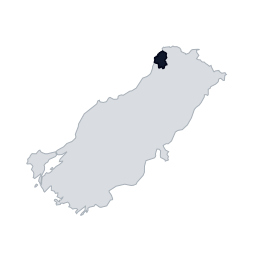 Artvin on a map of Turkey (Albers equal-area conic projection), rotated 314°
{"feature_id": "TUR-2298", "entity_name": "Artvin", "entity_type": "Province", "adm_level": 1, "iso_a3": "TUR", "parent_name": "Turkey", "parent_adm1": "", "projection": "albers", "projection_center": [41.741, 41.035], "detail": "fine", "context": "in_parent", "style": "filled", "palette": "ink", "viewbox_px": 256, "rotation_deg": 314, "n_neighbors": 0, "source": "natural_earth", "source_scale": "10m", "svg_char_len": 4651}
<svg xmlns="http://www.w3.org/2000/svg" viewBox="0 0 256 256"><g transform="rotate(314 128 128)"><path d="M197.0,98.3L200.5,99.5L201.6,98.6L204.7,98.7L207.5,99.4L209.0,97.3L211.0,97.5L211.4,98.6L212.3,98.9L215.3,101.5L215.0,101.8L215.7,102.8L218.2,103.4L218.5,104.7L220.5,106.7L221.5,109.7L221.0,111.8L219.9,113.2L221.6,117.8L221.1,118.4L224.2,119.8L228.1,119.5L229.4,120.1L233.2,123.6L234.2,125.0L231.6,123.3L230.1,124.9L229.5,128.5L225.4,129.2L226.1,131.5L227.2,132.6L226.9,134.8L227.2,135.7L228.4,137.1L228.3,139.0L228.8,141.1L228.9,143.6L230.7,144.3L229.9,145.5L228.1,150.6L228.3,151.0L229.6,151.1L232.6,153.4L232.1,154.2L232.5,157.4L235.2,159.4L234.8,160.5L234.9,161.6L233.0,161.2L229.3,164.2L228.9,164.1L228.3,163.1L228.2,160.3L227.2,159.5L226.0,159.4L224.0,160.7L222.1,160.7L220.3,160.5L215.3,158.8L213.5,159.5L211.6,158.8L207.9,162.4L206.8,162.7L206.2,160.9L204.9,159.9L203.3,161.3L196.9,163.0L194.0,163.3L190.4,162.7L187.5,162.8L179.3,166.6L171.5,168.6L164.6,168.2L160.9,165.6L158.0,164.9L148.9,168.3L144.6,167.9L143.2,166.3L139.9,165.4L139.1,166.9L138.2,170.4L139.2,173.7L137.3,173.8L136.0,174.4L135.6,176.9L133.8,177.7L133.1,179.2L132.8,179.2L130.1,177.8L130.9,176.6L129.5,172.0L130.4,170.6L134.3,167.2L134.3,165.0L132.9,163.4L128.2,165.8L127.7,166.8L126.6,167.6L124.9,167.8L117.0,163.6L112.1,166.3L107.6,170.5L104.4,171.8L95.2,172.2L93.6,172.9L90.6,171.7L88.9,170.3L85.3,164.7L77.9,159.9L69.7,158.0L68.9,158.9L68.1,162.8L66.3,166.3L65.6,166.6L63.9,165.4L57.2,166.8L52.1,163.6L51.3,162.4L50.7,157.9L50.0,157.5L49.0,158.0L48.1,157.8L44.5,155.4L42.4,154.9L40.9,156.5L38.7,157.0L38.8,156.4L39.8,155.4L36.5,155.1L34.6,155.7L32.4,154.8L32.6,154.3L34.6,154.0L39.0,154.1L42.2,151.7L31.9,150.2L30.8,150.6L30.9,149.1L31.6,148.5L34.4,148.4L34.4,147.2L33.0,145.6L31.3,144.6L31.0,141.4L30.2,140.4L30.4,140.0L32.1,139.8L32.9,137.6L32.8,136.1L29.8,134.4L29.0,134.3L28.4,133.0L27.1,131.9L25.9,132.4L22.9,130.0L23.7,128.7L24.6,128.9L24.9,127.9L24.6,126.0L24.8,125.2L25.5,125.0L26.3,125.3L27.0,126.5L26.7,128.5L27.4,129.9L28.2,128.8L29.6,129.7L32.4,129.6L33.0,129.1L31.0,128.9L30.4,128.2L29.3,124.7L31.1,124.0L32.6,122.6L30.5,121.2L31.4,119.0L29.9,116.1L33.0,113.3L32.9,112.8L32.2,112.5L24.0,112.5L24.1,111.0L24.9,109.9L25.5,106.7L26.1,105.1L27.6,104.9L29.9,102.7L33.3,100.3L36.3,100.9L37.6,100.3L39.4,100.5L39.7,101.7L41.2,102.8L44.0,103.1L45.4,102.6L44.4,100.9L46.0,100.7L47.2,101.3L46.3,102.7L46.7,103.0L50.3,103.0L54.0,104.0L58.2,104.4L58.8,104.0L56.1,102.0L58.2,100.9L59.3,100.8L68.1,100.7L68.2,100.4L63.0,98.9L60.5,96.7L59.9,95.6L60.8,93.2L61.5,92.6L63.4,92.8L69.8,94.8L74.5,94.8L79.4,97.1L84.3,97.3L85.4,96.7L86.9,94.5L94.2,91.4L96.8,89.6L107.8,86.7L123.6,88.8L126.5,87.5L128.1,88.1L127.5,89.1L127.6,90.1L129.3,92.6L132.0,94.2L136.1,93.3L137.5,93.8L138.6,97.7L141.0,100.0L142.1,100.3L143.7,99.1L145.1,99.0L147.4,100.4L148.1,101.8L155.8,103.7L157.3,104.9L162.4,106.2L174.1,103.9L178.2,105.9L181.8,106.5L183.3,106.3L188.0,104.2L189.4,103.0L192.3,102.0L196.0,99.6L197.0,98.3ZM50.9,80.0L50.3,81.6L50.7,83.5L51.9,86.3L53.3,87.8L60.5,92.4L59.0,95.4L57.0,95.6L50.6,93.1L47.7,93.9L45.8,93.3L43.0,93.4L41.9,95.2L39.7,97.1L33.9,98.9L28.1,103.5L26.6,103.9L27.5,102.2L27.7,100.6L30.2,99.1L33.4,98.2L34.4,97.1L26.9,96.0L26.5,94.2L27.3,94.0L30.2,91.5L30.7,90.4L31.0,87.4L34.2,86.3L34.6,85.6L34.6,82.7L32.1,80.5L32.3,79.7L34.4,79.3L35.9,77.5L38.8,77.6L40.4,76.9L42.9,76.8L45.6,79.8L49.5,79.5L50.9,80.0ZM24.2,102.6L21.5,102.6L20.8,102.0L21.8,101.3L23.9,101.0L24.3,102.0L24.2,102.6Z" fill="#d9dde1" stroke="#a8b0b8" stroke-width="1"/><path d="M207.2,99.5L207.4,99.5L207.5,100.3L207.6,101.0L207.7,101.3L207.8,101.5L208.0,102.0L208.3,103.0L208.1,104.0L207.2,104.5L206.2,105.5L205.5,106.9L204.9,107.0L204.2,107.1L203.4,107.1L202.7,107.1L202.3,107.3L202.0,107.6L201.8,108.2L201.9,108.8L201.6,109.4L201.2,109.9L201.0,110.5L201.0,111.1L200.5,111.9L199.5,111.3L198.6,111.1L197.8,111.3L196.8,112.0L195.8,112.3L195.0,111.7L195.2,110.4L195.5,109.9L195.4,109.4L195.0,109.3L193.6,109.1L192.8,108.6L192.9,108.0L194.0,106.8L194.3,106.6L194.5,106.4L194.6,106.1L194.7,105.8L195.3,105.4L195.6,104.7L195.3,104.4L194.9,104.2L194.8,103.9L194.6,103.7L194.4,103.5L194.2,103.3L194.0,102.8L193.9,102.2L193.6,101.5L193.6,101.4L194.6,100.7L194.8,100.6L195.1,100.4L195.6,100.3L195.9,100.1L196.1,99.9L196.2,99.6L196.2,99.2L196.4,99.2L197.0,98.6L197.2,98.3L198.3,98.8L198.5,98.8L198.8,98.8L199.1,98.7L199.1,98.9L199.1,99.0L199.3,99.1L199.6,99.2L199.8,99.2L200.2,99.6L200.4,99.7L200.5,99.6L200.9,99.2L201.2,98.7L201.4,98.6L201.8,98.4L202.6,98.7L203.0,98.6L203.3,98.5L203.5,98.5L204.0,98.5L204.3,98.6L204.5,98.8L205.3,98.8L207.2,99.5Z" fill="#0f172a" stroke="#020617" stroke-width="1.5"/></g></svg>